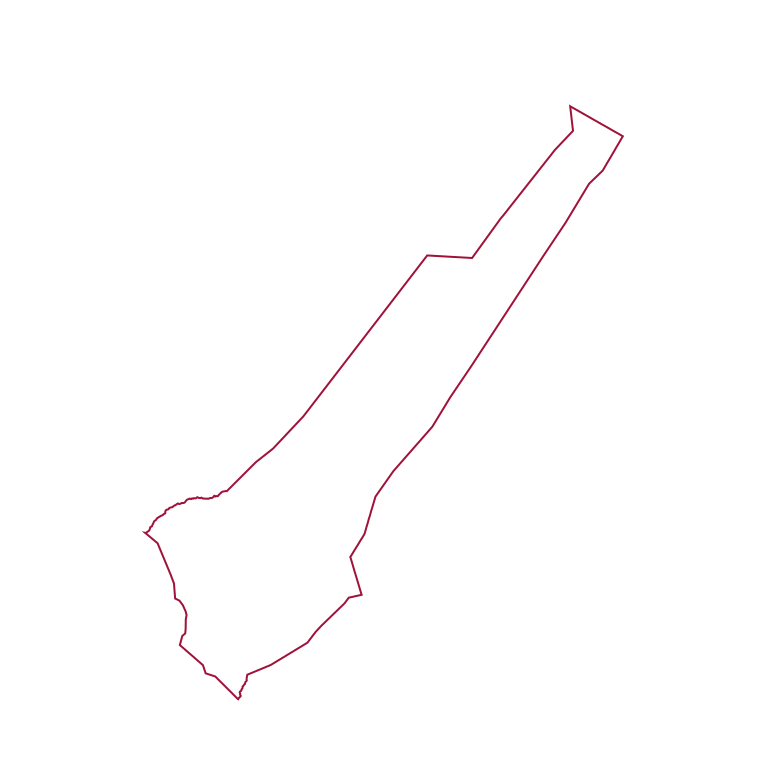 the district of Cogt, Govi-Altay, Mongolia, rotated 216°
{"feature_id": "93677404B32157357652115", "entity_name": "Cogt", "entity_type": "district", "adm_level": 2, "iso_a3": "MNG", "parent_name": "Mongolia", "parent_adm1": "Govi-Altay", "projection": "orthographic", "projection_center": [96.826, 44.224], "detail": "fine", "context": "isolated", "style": "outline", "palette": "rose", "viewbox_px": 768, "rotation_deg": 216, "n_neighbors": 0, "source": "geoboundaries", "source_scale": "gbopen_adm2", "svg_char_len": 3662}
<svg xmlns="http://www.w3.org/2000/svg" viewBox="0 0 768 768"><g transform="rotate(216 384 384)"><path d="M332.5,685.2L332.5,685.3L333.4,694.1L334.0,700.8L334.5,705.6L334.7,708.1L335.0,710.4L335.0,710.5L335.6,716.7L336.4,724.8L342.4,724.2L343.6,724.0L351.0,723.2L360.7,722.1L369.6,721.1L378.8,720.1L396.6,718.1L379.9,699.9L383.3,674.0L386.6,590.2L386.9,586.5L386.8,537.7L424.6,513.4L430.2,310.6L435.8,266.5L441.7,245.6L448.2,204.9L448.9,204.6L449.6,203.8L450.2,203.2L451.2,202.2L451.7,201.4L451.8,200.5L452.1,200.0L452.1,199.4L452.2,198.7L452.4,197.3L452.5,196.6L452.4,196.1L452.5,195.6L452.8,195.3L453.2,195.0L453.7,194.8L454.0,194.5L454.3,193.9L454.8,194.0L455.4,194.0L455.7,193.5L455.5,192.8L455.7,192.0L456.0,191.2L456.2,190.7L456.6,190.2L457.4,189.8L457.7,189.5L457.8,189.3L457.9,189.1L458.1,188.9L458.2,188.5L458.5,188.1L459.1,187.6L459.6,187.4L459.9,187.1L460.3,186.8L460.8,186.5L461.5,186.0L461.9,185.8L462.5,185.5L462.8,185.1L463.1,184.9L463.5,184.8L463.9,184.8L464.2,184.9L464.6,184.8L465.1,184.6L465.3,184.2L465.5,183.8L466.1,183.4L466.7,183.1L467.2,182.8L467.6,182.8L468.0,182.9L468.4,182.7L468.7,182.3L468.9,181.8L468.9,181.2L469.2,180.7L469.7,180.3L470.1,180.2L470.4,180.0L470.7,179.9L470.9,179.5L471.0,179.1L471.2,178.9L471.7,178.8L472.0,178.7L472.1,178.1L472.3,177.6L472.9,177.3L473.7,177.2L474.1,176.8L474.1,176.4L474.7,175.7L475.0,175.1L475.4,174.5L475.5,173.5L475.6,172.9L475.5,172.3L475.5,171.6L475.6,171.0L476.0,170.2L476.5,169.7L477.0,169.2L477.6,169.0L477.9,168.5L478.2,167.7L478.5,167.2L478.9,166.7L479.8,166.3L480.5,166.2L480.9,165.3L481.1,164.6L481.3,164.2L481.4,163.7L481.5,163.3L481.6,163.1L481.9,162.9L482.1,162.5L482.4,161.9L482.5,161.4L482.6,160.6L483.0,159.7L483.7,159.0L484.3,158.3L484.8,157.4L484.7,156.1L485.2,155.3L485.7,154.9L486.1,154.1L486.3,153.5L486.2,153.1L486.1,152.8L485.9,152.3L485.7,151.8L485.3,151.4L485.2,151.0L485.0,150.7L485.3,150.1L485.7,149.5L485.9,148.9L485.9,148.2L486.0,147.7L486.4,147.0L486.8,146.6L487.3,145.6L487.4,144.9L487.9,144.1L488.1,143.6L488.7,141.8L488.6,141.3L488.6,140.5L488.6,139.7L488.8,139.2L489.2,138.3L489.2,137.9L489.2,137.3L488.7,135.6L488.7,134.8L488.5,134.1L488.3,133.2L488.1,132.4L488.2,132.2L488.4,132.0L488.5,131.6L488.8,131.1L488.9,130.5L488.4,129.7L488.1,128.6L487.9,127.8L488.0,126.4L488.4,125.8L488.7,125.0L488.7,124.2L489.2,123.5L489.6,123.3L489.8,123.2L473.6,122.1L444.6,104.4L436.6,99.1L426.9,87.7L422.2,88.5L416.7,86.8L410.6,83.3L407.8,80.9L406.1,77.2L400.6,69.4L398.2,65.4L399.1,61.6L395.7,52.8L365.2,50.1L358.2,45.1L348.6,48.2L316.8,43.2L316.7,43.2L316.7,43.4L317.0,43.6L317.0,44.0L316.8,44.5L316.8,45.3L316.6,46.0L316.5,46.5L316.5,47.3L316.8,47.7L317.4,47.8L317.6,47.9L317.8,48.0L318.0,48.5L318.5,49.1L319.1,49.4L319.6,49.8L319.7,50.3L319.6,51.0L319.3,51.5L319.3,52.1L319.3,52.4L319.6,52.8L319.8,53.2L319.8,53.3L319.8,53.5L319.6,54.1L319.6,54.4L319.7,54.6L319.9,55.2L320.2,55.5L320.5,55.9L320.6,56.2L320.3,56.9L320.4,57.6L320.5,58.1L320.5,58.5L320.4,58.9L320.2,59.4L320.3,59.8L320.6,60.6L320.9,61.1L320.9,62.0L320.7,62.7L320.7,63.2L320.9,63.7L321.4,64.1L321.8,64.5L322.1,65.2L322.9,66.7L323.4,67.9L323.7,68.5L310.5,90.1L293.9,129.7L293.6,143.2L292.6,151.5L287.0,183.3L286.9,190.4L278.2,200.3L295.9,213.8L298.1,215.4L301.5,218.1L304.9,220.7L308.4,223.4L309.6,224.2L309.7,226.3L310.0,230.3L310.2,232.4L310.5,236.7L310.6,238.3L311.1,244.0L311.1,244.3L311.1,244.5L311.3,247.4L311.5,249.7L311.6,251.1L312.1,252.5L313.1,255.3L314.4,258.8L315.6,262.3L317.0,266.0L318.2,269.7L319.7,273.6L321.1,277.7L324.7,287.9L325.2,318.9L321.6,358.0L319.8,378.0L322.6,412.2L323.9,450.1L330.4,582.0L331.9,621.0L335.8,666.6L332.5,685.2Z" fill="none" stroke="#9f1239" stroke-width="2"/></g></svg>